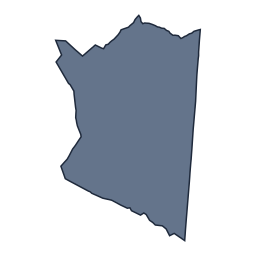 Maria Helena, Paraná, Brazil
{"feature_id": "56859067B83221867435385", "entity_name": "Maria Helena", "entity_type": "district", "adm_level": 2, "iso_a3": "BRA", "parent_name": "Brazil", "parent_adm1": "Paraná", "projection": "equal_earth", "projection_center": [-53.224, -23.591], "detail": "fine", "context": "isolated", "style": "filled", "palette": "slate", "viewbox_px": 256, "rotation_deg": 0, "n_neighbors": 0, "source": "geoboundaries", "source_scale": "gbopen_adm2", "svg_char_len": 1485}
<svg xmlns="http://www.w3.org/2000/svg" viewBox="0 0 256 256"><path d="M198.6,55.8L198.6,52.0L199.4,40.4L200.3,29.5L198.3,30.0L194.0,31.3L191.7,33.2L189.3,33.9L186.4,35.8L184.5,36.5L182.9,37.6L180.9,38.5L178.3,35.7L175.1,35.2L172.9,35.3L170.0,33.1L168.8,31.3L166.5,30.4L164.2,28.4L161.7,28.2L159.4,27.2L157.4,26.9L155.4,25.7L152.0,24.3L149.0,23.3L147.0,23.2L144.6,23.0L142.8,23.7L141.0,21.6L140.4,18.0L138.8,15.4L137.4,16.8L135.1,19.5L133.6,22.6L129.9,25.7L128.5,27.2L125.9,28.1L123.9,28.8L121.1,29.8L120.0,32.1L118.2,34.7L114.1,39.1L111.5,41.0L109.9,42.4L108.3,44.2L105.8,44.9L103.6,48.7L101.8,48.2L95.3,45.0L82.5,56.1L77.6,51.8L75.6,50.1L65.6,40.9L55.7,40.3L61.6,55.0L56.1,62.0L68.6,83.5L70.1,84.6L73.9,91.1L74.1,94.4L75.6,107.5L76.1,110.4L75.9,113.6L75.7,117.7L76.3,120.2L76.7,122.8L77.4,125.9L79.1,130.2L80.8,134.4L81.1,136.8L78.8,140.2L75.4,145.4L72.6,149.1L69.2,155.7L67.2,159.2L64.9,161.7L60.9,166.2L65.3,178.7L70.2,181.4L88.4,191.1L90.2,191.8L91.8,193.3L102.8,198.2L105.9,198.9L109.2,199.6L111.6,200.2L121.0,205.2L124.4,206.8L127.3,208.2L129.9,207.8L131.5,210.7L140.5,215.1L143.8,213.0L146.2,214.5L149.6,220.3L152.9,222.6L155.3,225.0L159.4,225.5L162.3,225.8L163.8,227.0L166.2,229.0L169.6,235.7L174.2,233.4L184.7,240.6L185.5,229.3L186.4,217.9L187.1,209.4L189.4,181.3L189.7,177.2L190.0,172.6L190.8,162.5L191.1,159.6L191.9,148.7L193.2,129.1L193.5,125.8L195.6,101.5L196.2,88.7L196.8,76.0L197.0,73.2L198.2,58.7L198.6,55.8Z" fill="#64748b" stroke="#1e293b" stroke-width="1.5"/></svg>